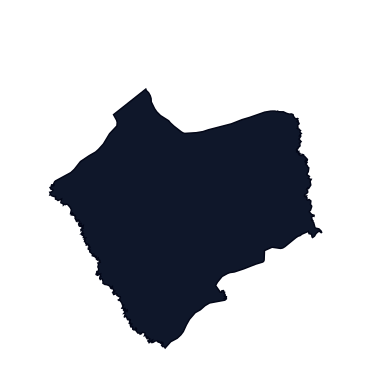 Prang Ku, Si Sa Ket, Thailand, rotated 144°
{"feature_id": "78962969B23076564972122", "entity_name": "Prang Ku", "entity_type": "district", "adm_level": 2, "iso_a3": "THA", "parent_name": "Thailand", "parent_adm1": "Si Sa Ket", "projection": "mercator", "projection_center": [104.074, 14.846], "detail": "fine", "context": "isolated", "style": "filled", "palette": "ink", "viewbox_px": 384, "rotation_deg": 144, "n_neighbors": 0, "source": "geoboundaries", "source_scale": "gbopen_adm2", "svg_char_len": 5977}
<svg xmlns="http://www.w3.org/2000/svg" viewBox="0 0 384 384"><g transform="rotate(144 192 192)"><path d="M121.8,89.5L120.6,88.2L120.3,87.1L121.3,85.1L121.2,84.3L118.9,84.3L116.1,85.5L113.3,85.8L112.3,85.4L111.7,84.7L111.4,83.2L110.8,83.2L110.5,84.7L111.0,87.6L113.3,90.2L113.4,91.0L111.6,95.7L111.7,97.6L111.1,97.6L111.1,98.4L111.8,98.8L111.7,99.1L111.0,99.3L110.0,101.6L107.9,101.2L107.6,100.7L106.9,101.4L108.4,103.5L108.8,106.9L108.2,107.5L106.9,107.6L103.8,109.8L103.4,110.5L103.5,112.3L101.1,114.9L101.7,117.1L103.1,117.4L103.5,118.0L103.5,118.7L102.4,119.5L102.8,121.0L101.6,121.4L102.7,122.3L103.4,122.3L103.4,122.7L102.4,123.7L100.2,123.4L98.5,123.8L97.8,124.9L97.7,126.9L95.9,127.3L96.1,126.4L95.6,126.3L91.8,127.8L90.2,131.2L88.1,132.2L89.3,133.3L89.3,134.0L89.8,134.7L87.8,135.6L88.8,138.4L87.5,139.6L86.1,140.0L83.3,142.9L83.6,143.6L83.3,146.0L83.6,147.6L81.5,148.3L81.8,149.2L82.7,149.1L82.8,150.0L81.4,150.9L80.9,149.7L80.4,149.7L79.5,150.5L80.0,154.8L80.3,155.4L79.9,156.5L80.9,157.8L81.7,157.0L82.5,157.3L83.5,159.5L82.9,160.1L82.5,159.1L82.1,159.2L82.1,160.2L83.0,160.9L81.8,162.0L83.7,162.7L83.8,163.0L82.2,163.8L82.8,164.5L82.4,165.0L80.3,165.1L79.5,165.9L78.6,165.5L77.6,165.8L77.0,166.5L76.5,168.4L75.2,168.1L74.7,168.9L74.1,168.8L74.4,171.9L71.3,173.2L72.2,174.3L71.4,174.6L71.4,174.2L70.9,174.2L69.8,175.3L69.2,175.2L69.6,176.8L68.9,177.7L68.1,178.0L68.6,178.8L68.3,179.6L69.4,181.7L68.1,182.1L67.9,183.2L66.9,184.1L65.7,184.1L65.0,184.6L65.1,185.9L64.7,186.6L65.3,187.2L64.2,187.6L64.3,188.8L63.3,189.1L63.6,189.6L64.6,189.8L65.4,191.0L65.4,193.7L64.8,194.9L64.9,195.5L65.7,196.7L67.6,197.9L69.2,200.0L70.9,203.1L74.6,205.9L75.2,207.1L76.3,207.4L77.3,208.7L80.7,211.1L86.3,213.9L101.6,218.5L108.9,221.1L120.1,224.0L142.2,232.7L147.6,234.4L153.6,237.4L163.5,243.7L164.6,245.2L165.4,247.2L167.9,255.8L168.9,260.8L169.0,263.3L172.6,272.4L173.4,277.6L173.3,281.5L172.0,288.8L170.1,291.8L169.2,294.5L168.8,297.7L169.3,301.0L168.9,302.4L210.0,300.7L210.8,294.3L211.6,292.3L213.9,289.6L224.4,287.6L235.5,282.9L242.6,281.4L246.5,281.0L253.8,281.8L264.3,282.2L273.8,279.5L278.6,278.9L296.0,281.2L297.2,281.0L299.1,279.9L299.1,279.2L300.1,278.4L300.5,278.6L300.6,279.8L301.3,280.3L301.9,280.0L302.2,278.9L304.2,279.1L304.4,277.0L303.1,276.0L303.4,275.0L305.6,274.6L307.2,275.4L307.6,273.8L308.5,273.2L308.1,273.1L307.5,271.1L305.9,269.0L305.1,268.6L306.6,266.5L305.8,265.4L305.4,263.9L301.6,263.0L304.4,260.4L303.1,258.1L303.7,257.1L302.7,257.3L302.0,256.3L300.7,256.0L299.9,254.9L299.6,251.1L300.0,248.5L302.9,245.9L301.8,245.2L301.0,245.3L301.0,244.5L302.2,244.3L302.8,244.8L303.1,244.5L300.5,241.9L301.0,241.2L300.8,240.3L302.0,239.7L302.4,237.4L301.7,236.6L302.6,236.3L302.4,235.7L301.5,236.2L300.9,235.2L300.4,236.0L300.1,235.8L300.1,234.3L302.6,232.7L303.0,231.6L302.7,231.5L302.2,232.3L301.5,232.7L300.2,231.7L300.9,230.8L302.9,230.9L303.1,230.5L302.2,229.7L301.5,228.2L301.2,228.4L301.7,229.1L301.2,229.8L300.9,229.0L299.6,228.8L300.6,227.8L301.8,227.5L301.7,226.6L303.2,227.1L304.0,226.9L304.5,225.9L303.9,225.9L303.3,224.7L303.9,224.0L305.6,223.5L304.4,223.2L304.3,222.3L305.9,222.9L306.3,222.5L306.1,221.2L305.4,220.8L305.7,219.4L306.6,219.0L305.0,217.4L306.7,217.2L306.3,216.8L306.5,215.9L307.1,216.0L308.1,215.1L307.6,214.5L308.1,212.9L307.2,211.6L308.4,211.6L308.7,211.2L307.2,210.5L306.6,209.5L307.4,209.0L306.9,207.8L307.2,207.1L308.7,207.7L309.5,206.8L308.5,204.8L309.4,204.5L309.9,203.3L309.4,202.6L309.3,201.0L308.4,199.9L309.1,199.9L310.1,199.1L309.1,197.7L308.7,198.2L308.3,198.1L308.2,196.8L307.5,196.3L308.5,195.7L308.0,195.1L308.6,194.0L306.6,193.8L306.9,193.4L308.4,193.4L308.5,192.5L307.0,191.5L306.8,191.0L307.5,189.3L308.1,190.1L309.0,189.3L309.9,189.8L310.2,188.3L312.2,186.7L312.6,184.7L314.0,183.3L314.4,183.1L315.7,183.6L316.2,183.1L315.5,180.9L316.1,180.8L317.4,182.2L318.1,181.6L317.4,180.1L314.2,179.4L315.0,178.7L315.4,177.3L316.3,177.5L317.5,176.3L317.6,175.2L316.4,175.3L315.8,174.3L316.6,171.8L317.7,170.5L316.8,168.4L315.7,167.4L314.2,165.3L313.8,163.6L314.3,162.2L314.0,161.2L313.7,161.2L312.9,162.6L311.9,162.4L312.7,161.4L313.0,160.2L312.9,159.2L313.3,158.0L314.4,157.6L313.2,157.1L315.3,156.6L315.6,155.1L312.9,154.1L312.8,153.3L313.5,152.5L312.4,150.0L311.6,149.4L312.3,148.4L313.8,147.8L315.0,147.9L314.8,147.2L313.9,146.6L314.0,143.6L314.7,141.3L313.9,140.7L316.9,139.2L316.1,138.7L316.4,136.9L315.4,137.4L314.7,137.2L315.3,136.1L314.6,134.4L313.7,134.7L313.7,134.1L314.7,133.4L315.1,134.3L316.7,135.6L316.5,134.3L318.4,133.8L317.6,133.4L317.6,132.5L320.1,130.8L319.9,130.4L318.9,130.5L318.2,130.0L319.1,126.7L318.1,126.5L318.2,125.3L317.6,125.8L316.9,125.0L317.7,124.0L318.9,123.5L318.8,122.5L319.5,122.9L320.0,122.6L319.4,121.1L318.6,121.2L318.3,120.6L320.4,120.1L320.7,118.7L319.3,118.0L320.6,115.7L320.0,114.5L319.4,114.2L317.3,115.0L317.3,113.8L318.8,112.9L318.7,109.7L317.0,108.4L317.5,107.5L316.0,107.1L315.3,107.7L314.3,107.6L313.0,105.6L313.4,104.7L314.9,103.7L313.8,103.4L313.5,102.0L313.6,101.5L314.4,101.7L314.5,99.7L313.0,100.1L313.1,99.3L312.5,98.1L312.8,97.7L315.0,97.6L315.3,97.0L314.9,96.0L315.3,95.4L314.7,95.1L313.1,95.7L311.1,95.4L312.9,94.2L313.0,93.8L312.0,93.3L309.0,93.0L307.7,92.3L307.8,91.3L306.6,90.9L307.3,90.2L306.4,89.1L306.3,88.3L305.2,88.7L305.5,87.3L305.1,87.2L304.6,88.0L304.1,87.5L304.8,85.9L305.6,86.3L306.7,85.9L306.6,84.2L305.3,83.2L305.4,81.6L297.3,83.4L289.9,82.4L285.0,83.0L281.1,84.2L274.7,87.8L268.8,90.5L260.3,92.5L254.4,91.8L248.3,92.4L243.0,91.9L229.0,85.2L226.9,85.4L226.7,86.1L227.6,86.7L226.0,86.7L225.7,87.1L227.0,88.4L227.1,88.9L226.7,89.1L226.1,88.6L225.5,89.6L225.5,91.6L224.6,91.8L225.1,92.8L224.5,93.5L224.6,93.9L226.2,94.5L227.1,93.6L228.0,94.2L227.9,102.5L224.4,104.1L217.3,106.0L211.0,105.2L208.6,104.5L204.7,102.4L195.2,99.4L182.9,96.2L176.0,93.8L174.9,93.8L173.7,94.5L167.8,102.0L159.7,100.3L153.5,94.3L151.5,93.4L149.0,93.2L134.9,94.0L132.2,93.9L130.1,93.2L127.9,93.3L121.0,91.8L121.8,89.5Z" fill="#0f172a" stroke="#020617" stroke-width="1.5"/></g></svg>